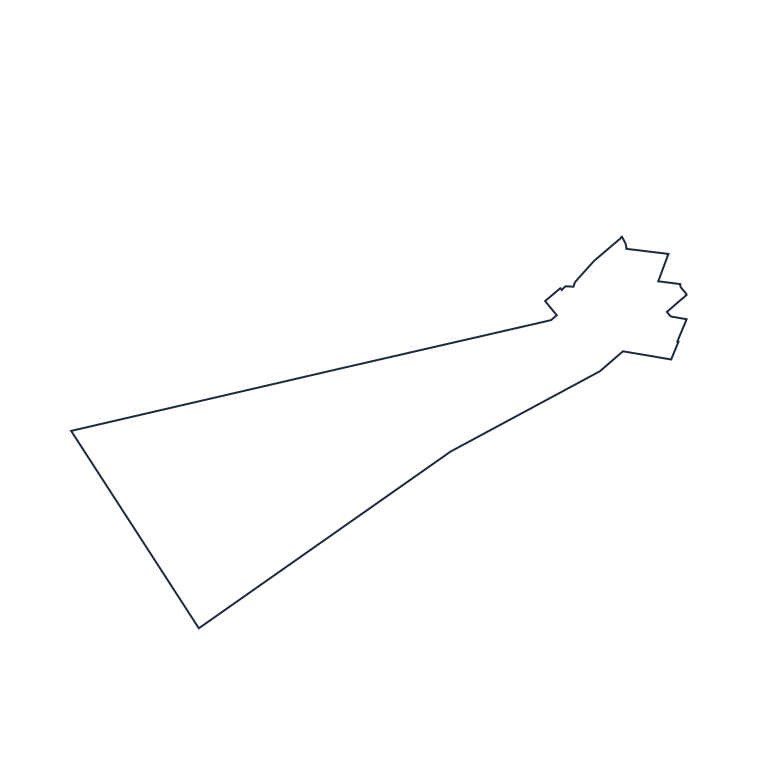 Urk, Flevoland, Netherlands (Natural Earth projection), rotated 319°
{"feature_id": "6326949B85884620667315", "entity_name": "Urk", "entity_type": "district", "adm_level": 2, "iso_a3": "NLD", "parent_name": "Netherlands", "parent_adm1": "Flevoland", "projection": "natural_earth1", "projection_center": [5.623, 52.7], "detail": "fine", "context": "isolated", "style": "outline", "palette": "slate", "viewbox_px": 768, "rotation_deg": 319, "n_neighbors": 0, "source": "geoboundaries", "source_scale": "gbopen_adm2", "svg_char_len": 2143}
<svg xmlns="http://www.w3.org/2000/svg" viewBox="0 0 768 768"><g transform="rotate(319 384 384)"><path d="M117.1,214.1L101.0,327.5L84.4,443.9L84.0,446.9L89.2,447.4L390.2,478.7L555.3,516.0L585.8,516.1L616.8,553.9L627.5,548.5L631.6,546.5L633.9,545.3L633.2,544.5L633.4,544.4L633.5,544.3L635.5,543.3L635.6,543.2L644.1,539.0L648.0,537.1L654.0,534.1L654.5,533.9L654.9,533.6L650.1,527.8L647.7,524.8L646.3,523.1L645.6,522.3L645.5,522.1L645.3,521.9L645.2,521.7L645.1,521.4L644.9,521.2L644.8,520.8L644.8,520.6L644.7,520.4L644.7,520.2L644.6,519.7L644.7,518.8L644.8,515.2L653.1,515.2L654.1,515.2L655.2,515.2L655.3,515.2L655.8,515.2L656.9,515.2L658.5,515.2L664.4,515.2L664.4,515.3L670.7,515.3L670.7,514.5L670.8,514.5L671.0,514.5L671.1,514.4L671.3,514.3L671.4,506.7L671.4,506.4L671.5,506.1L671.5,505.8L671.6,505.5L671.7,505.1L671.8,504.8L672.0,504.4L672.1,504.1L672.3,503.9L672.5,503.6L672.7,503.3L672.8,503.1L673.1,502.9L671.1,500.7L670.5,500.0L658.9,487.0L658.3,486.5L684.0,472.4L683.5,471.9L683.0,471.3L682.9,471.3L682.9,471.2L669.4,456.3L663.6,449.8L662.4,448.5L661.4,447.4L657.2,442.8L655.7,441.1L656.0,440.8L655.8,440.6L656.2,440.0L656.5,439.7L656.8,439.3L657.0,439.0L657.3,438.6L657.6,438.2L657.8,437.8L658.0,437.3L658.2,436.9L658.4,436.5L658.5,436.0L658.6,435.6L659.6,431.7L660.0,429.7L660.2,429.0L660.2,428.9L659.5,428.8L659.4,429.1L659.2,429.2L659.1,429.3L658.9,429.3L658.7,429.3L655.3,429.2L652.7,429.2L645.7,429.1L643.1,429.1L637.5,429.0L637.1,429.0L636.7,429.0L636.2,429.0L633.5,429.0L633.4,429.0L624.9,428.9L623.8,428.9L623.7,428.9L623.4,428.9L622.7,429.0L621.9,429.1L617.3,429.6L614.2,430.0L604.5,431.2L599.6,431.8L599.0,431.9L598.7,432.0L598.4,432.0L597.9,432.1L596.8,432.2L596.5,432.2L596.1,432.3L595.7,432.4L595.1,432.5L594.8,432.6L594.7,432.7L594.4,432.8L593.9,433.0L593.5,433.2L593.3,433.4L592.9,433.5L591.6,434.4L590.8,434.9L590.5,434.6L587.2,431.3L586.0,430.2L585.5,429.7L585.2,429.4L581.6,429.4L579.9,429.7L579.9,429.4L579.9,428.5L579.9,427.4L560.0,427.1L559.9,431.2L559.8,434.1L559.6,440.6L559.5,445.5L557.4,445.4L557.0,445.4L552.0,445.4L363.5,344.9L331.1,327.7L117.1,214.1Z" fill="none" stroke="#1e293b" stroke-width="2"/></g></svg>